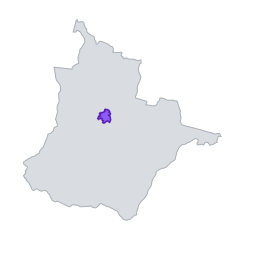 Lubefu, Kasaï-Oriental, Democratic Republic of the Congo (highlighted), rotated 195°
{"feature_id": "63176286B49230128630829", "entity_name": "Lubefu", "entity_type": "district", "adm_level": 2, "iso_a3": "COD", "parent_name": "Democratic Republic of the Congo", "parent_adm1": "Kasaï-Oriental", "projection": "mercator", "projection_center": [24.451, -4.689], "detail": "fine", "context": "in_parent", "style": "filled", "palette": "violet", "viewbox_px": 256, "rotation_deg": 195, "n_neighbors": 0, "source": "geoboundaries", "source_scale": "gbopen_adm2", "svg_char_len": 6351}
<svg xmlns="http://www.w3.org/2000/svg" viewBox="0 0 256 256"><g transform="rotate(195 128 128)"><path d="M215.1,167.6L197.2,170.4L197.5,171.4L197.4,172.5L196.9,173.3L195.1,175.6L192.4,177.6L192.4,178.1L193.7,180.4L194.6,183.6L194.4,189.2L194.7,190.7L194.7,191.8L193.7,193.1L191.9,199.8L193.1,203.1L196.7,206.1L198.8,208.4L202.3,209.2L202.8,209.1L203.1,207.2L205.8,206.5L205.9,218.5L205.6,219.2L205.1,219.4L204.5,219.0L204.2,217.8L203.5,217.3L200.1,218.8L199.2,218.8L198.3,218.5L197.6,217.9L197.4,217.0L195.0,213.5L193.8,213.2L192.5,210.1L187.1,207.8L185.0,207.6L184.0,206.9L182.9,204.4L181.1,202.8L180.7,201.0L180.4,200.8L179.3,201.2L178.3,203.9L177.1,204.6L174.9,204.7L169.4,203.9L165.5,202.4L164.4,202.5L162.9,201.2L162.2,199.1L162.6,197.4L162.3,197.2L156.3,198.6L154.8,199.4L153.5,199.2L153.1,198.7L153.6,197.6L153.3,196.4L152.9,195.8L151.1,195.3L150.6,194.0L149.5,193.8L149.1,194.0L148.9,194.9L148.2,195.2L144.6,194.8L140.9,195.9L135.9,195.6L133.5,197.0L133.2,197.0L132.7,196.3L132.2,194.0L132.4,193.4L133.2,193.0L133.4,192.0L133.2,189.7L133.4,189.1L133.1,187.8L132.4,185.6L131.3,183.9L129.1,181.3L128.7,180.0L128.8,177.1L129.6,172.4L129.5,169.0L128.6,166.8L128.4,164.4L128.9,160.0L128.4,159.0L117.0,158.6L116.5,158.3L116.3,157.7L116.8,155.1L109.9,155.8L107.9,156.3L106.6,157.3L106.2,158.6L106.1,160.5L105.1,162.3L104.8,165.3L102.9,165.7L100.9,165.7L97.2,165.0L93.7,165.9L91.9,166.7L91.0,166.3L87.7,166.6L87.3,166.4L83.6,160.4L82.0,158.4L81.7,157.4L81.8,156.5L81.4,155.3L79.7,152.2L79.3,150.8L79.4,148.5L79.2,147.8L77.7,145.9L76.6,145.2L75.5,144.9L57.0,145.1L50.9,144.8L46.4,145.0L44.1,144.9L43.5,144.6L41.5,145.0L40.4,145.8L38.8,146.2L37.8,146.1L35.9,143.8L38.5,143.5L38.7,143.2L38.8,137.9L38.2,137.2L39.6,136.3L41.8,133.9L44.0,133.1L44.3,132.6L44.8,132.6L45.6,133.6L47.5,134.9L49.8,133.8L50.1,133.5L50.4,131.2L51.0,131.0L52.0,131.5L52.6,131.5L53.6,130.8L56.6,129.7L57.5,131.1L56.7,132.5L57.0,133.4L57.1,134.8L57.6,135.2L60.0,135.3L60.7,135.0L65.4,129.8L66.6,129.2L68.6,127.1L71.2,126.1L72.4,124.5L73.9,121.6L74.6,117.4L74.3,110.1L74.6,109.1L77.7,105.9L81.0,99.9L83.2,98.4L84.8,97.7L87.4,95.6L89.4,93.4L89.1,90.8L89.6,88.6L90.7,85.8L91.1,82.9L90.7,79.8L90.9,77.3L92.4,73.2L92.5,68.6L93.9,64.7L96.6,59.8L97.8,56.1L97.6,52.5L97.9,49.8L97.8,48.2L97.3,46.9L97.5,46.0L98.6,45.7L99.8,44.3L102.1,40.7L104.6,39.0L106.3,38.4L108.1,38.5L109.3,38.8L111.2,40.2L113.3,41.3L114.9,42.7L116.5,44.9L120.4,45.4L122.0,46.2L123.0,46.4L123.4,46.2L124.2,46.4L126.0,47.0L127.5,46.6L134.6,48.1L135.4,47.4L137.4,43.6L138.8,42.4L141.3,42.2L143.2,42.9L144.2,42.9L152.9,39.7L154.0,39.6L157.2,40.4L159.3,39.8L160.1,40.0L161.9,39.4L163.3,37.2L164.6,36.6L177.1,39.1L179.0,37.9L179.9,37.8L182.7,38.6L183.6,40.0L185.2,41.2L186.4,43.1L188.3,44.2L189.2,45.3L190.3,46.0L192.6,46.2L195.5,44.5L197.6,44.7L199.6,45.6L200.3,45.6L201.9,44.5L202.7,43.4L203.5,43.2L204.7,43.7L205.7,44.7L206.6,46.2L209.7,49.5L212.7,51.0L213.5,53.0L214.6,52.8L215.1,53.0L215.9,54.3L216.5,54.6L216.6,55.1L215.8,56.3L215.1,58.7L216.0,60.1L215.3,62.2L214.9,64.3L215.8,64.9L217.1,64.8L218.3,65.9L219.2,66.1L220.1,67.3L219.9,68.3L216.9,71.8L212.4,76.1L210.9,76.6L210.1,77.4L209.6,78.7L208.3,79.7L207.3,80.2L207.2,83.3L205.7,86.5L205.1,87.1L204.3,92.3L204.4,93.2L203.6,97.5L203.7,101.5L201.6,102.7L200.1,104.7L199.4,106.1L199.4,109.3L197.0,111.3L196.8,111.7L197.4,114.0L198.3,114.4L198.3,115.2L200.3,117.6L200.2,125.2L200.3,125.9L201.4,127.7L202.0,131.1L201.3,135.5L204.0,143.5L202.8,146.4L203.4,149.2L205.0,152.2L208.8,155.1L209.9,156.3L210.8,157.9L211.8,160.4L215.1,167.6Z" fill="#d9dde1" stroke="#a8b0b8" stroke-width="1"/><path d="M155.2,139.8L155.2,139.7L155.2,139.4L155.1,139.1L155.0,138.8L154.9,138.7L154.9,138.4L154.8,138.2L155.0,138.1L155.3,137.9L155.4,137.7L155.4,137.4L155.5,137.2L155.4,137.1L155.4,136.9L155.5,136.8L155.9,136.7L156.1,136.6L156.3,136.5L156.5,136.5L156.8,136.4L156.9,136.2L157.0,136.1L157.1,135.8L157.3,135.8L157.5,135.9L157.8,136.0L158.0,136.0L158.0,135.9L157.9,135.6L157.8,135.4L157.9,135.1L158.0,135.1L158.5,135.2L158.8,135.2L159.0,135.0L159.1,134.9L159.3,134.9L159.3,134.7L159.1,134.6L158.9,134.5L158.8,134.4L158.7,134.2L158.5,133.9L158.4,133.8L158.4,133.7L158.2,133.5L158.3,133.4L158.2,133.4L158.1,133.2L158.1,132.9L158.2,132.7L158.3,132.7L158.2,132.6L158.3,132.6L158.5,132.4L158.7,132.2L158.8,132.1L158.7,131.9L158.8,131.9L159.0,131.6L159.2,131.4L159.2,131.5L159.3,131.4L159.5,131.3L159.5,131.2L159.4,130.9L159.3,130.7L159.2,130.6L159.4,130.3L159.4,130.0L159.4,129.9L159.6,129.5L159.7,129.4L159.5,129.2L159.4,129.1L159.1,129.3L158.9,129.3L158.8,129.2L158.8,129.3L158.7,129.2L158.5,129.3L158.4,129.3L158.2,129.3L157.9,129.4L157.7,129.5L157.5,129.8L157.4,129.8L157.3,130.0L157.2,130.1L157.0,130.3L156.9,130.3L156.6,130.5L156.4,130.4L156.3,130.2L156.1,130.3L155.8,130.3L155.7,130.4L155.4,130.5L155.3,130.4L155.3,130.2L155.2,129.5L155.2,129.4L155.1,128.9L154.9,128.8L154.9,128.7L154.7,128.6L153.7,128.7L153.7,128.2L153.7,127.9L153.8,127.3L153.9,127.0L153.9,126.8L153.9,126.7L153.7,126.7L153.4,126.6L153.1,126.5L152.9,126.5L152.6,126.5L152.4,126.7L152.4,126.8L152.2,127.0L152.1,126.9L151.9,126.9L151.8,127.0L151.8,127.3L151.7,127.4L151.5,127.6L151.3,128.0L151.2,128.1L150.3,128.9L150.0,129.3L149.9,129.5L149.7,129.6L149.4,129.5L149.3,129.4L149.2,129.4L148.9,129.3L148.7,129.3L148.4,129.3L148.3,129.1L148.1,129.1L147.9,129.0L147.7,129.0L147.6,128.9L147.5,129.0L147.5,128.9L147.4,128.9L147.2,128.8L147.1,129.2L147.0,129.5L147.1,129.8L147.1,130.0L147.0,130.3L146.9,130.9L146.9,131.2L146.9,131.5L147.0,131.8L147.2,132.0L147.3,132.2L147.3,132.3L147.4,132.6L147.6,133.0L147.7,133.3L147.8,133.4L148.0,133.8L148.3,134.3L148.3,134.5L148.5,135.0L148.8,135.2L149.3,135.2L149.5,135.3L149.8,135.2L150.0,135.1L150.2,135.3L149.9,135.6L149.7,135.6L149.6,135.8L149.4,135.9L149.2,136.0L149.0,136.3L148.9,136.4L149.1,136.6L149.0,136.8L148.9,136.9L148.7,136.9L148.6,137.0L148.6,137.3L148.9,137.6L149.0,137.7L149.1,137.8L149.5,138.1L149.8,138.4L150.0,138.5L150.3,138.7L150.5,138.6L150.5,138.8L150.4,139.0L150.2,139.2L150.1,139.3L150.3,139.5L150.5,139.6L150.7,139.8L150.9,139.8L151.0,140.1L151.3,140.2L151.6,140.1L152.1,140.3L152.5,140.4L152.7,140.5L152.8,140.5L152.9,140.4L153.0,140.4L153.3,140.3L153.5,140.2L153.8,140.2L153.9,139.9L154.0,139.8L154.2,140.0L154.3,140.2L154.4,140.3L154.5,140.3L154.7,140.2L154.8,140.2L155.1,139.9L155.2,139.8Z" fill="#8b5cf6" stroke="#5b21b6" stroke-width="1.5"/></g></svg>